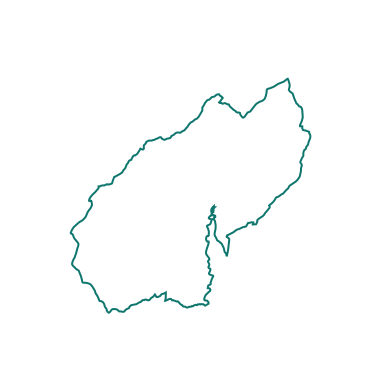 outline of Quetame, Cundinamarca, Colombia, rotated 211°
{"feature_id": "7082276B8666631490654", "entity_name": "Quetame", "entity_type": "district", "adm_level": 2, "iso_a3": "COL", "parent_name": "Colombia", "parent_adm1": "Cundinamarca", "projection": "equal_earth", "projection_center": [-73.872, 4.33], "detail": "fine", "context": "isolated", "style": "outline", "palette": "teal", "viewbox_px": 384, "rotation_deg": 211, "n_neighbors": 0, "source": "geoboundaries", "source_scale": "gbopen_adm2", "svg_char_len": 6052}
<svg xmlns="http://www.w3.org/2000/svg" viewBox="0 0 384 384"><g transform="rotate(211 192 192)"><path d="M275.0,148.7L274.4,147.9L274.1,146.8L274.9,142.1L276.1,137.9L276.4,134.9L276.4,133.7L276.0,131.9L275.6,131.4L275.0,131.5L274.4,132.4L273.8,132.5L272.5,131.3L270.9,129.1L270.6,125.4L271.0,123.3L271.0,120.6L270.4,116.6L270.5,114.7L271.2,111.6L273.2,107.8L275.3,100.9L275.4,97.8L274.9,94.4L274.4,94.1L272.8,94.3L271.5,93.6L270.7,92.8L268.7,91.5L266.2,90.7L263.0,89.4L262.5,88.9L261.8,87.4L261.2,84.6L259.8,79.8L258.9,75.6L258.8,72.7L258.4,70.3L257.8,68.7L257.4,68.1L255.6,67.3L252.6,66.7L252.2,66.4L248.9,66.3L248.4,66.1L243.9,62.7L241.8,60.7L239.7,58.5L239.2,58.2L238.6,58.2L235.8,59.7L233.0,60.5L231.2,60.5L228.9,59.7L224.8,57.6L222.1,55.3L220.3,54.6L217.5,52.8L215.6,51.2L214.9,51.0L214.0,51.6L211.5,51.7L209.4,50.6L207.6,48.8L205.0,47.7L203.9,46.4L202.5,45.8L201.4,45.6L200.8,46.1L200.6,46.7L200.2,49.8L199.8,50.6L198.8,51.4L196.8,52.4L195.4,52.6L194.4,52.5L193.1,52.1L191.2,53.1L190.2,53.4L189.0,54.0L188.5,54.8L188.3,56.4L187.8,57.8L186.2,60.1L186.5,61.7L185.8,63.7L181.9,67.2L180.4,70.1L179.3,71.4L178.7,73.6L178.3,74.2L177.3,74.7L176.3,76.1L173.9,76.5L173.1,77.2L172.6,78.3L172.6,79.6L171.3,82.5L171.0,85.1L168.4,83.7L167.4,84.3L165.9,86.1L165.4,88.8L163.5,90.9L162.7,92.4L160.0,87.8L159.0,84.9L158.6,85.2L156.5,88.4L155.6,89.2L155.0,89.4L154.5,89.4L153.1,88.9L152.3,89.6L148.8,90.2L147.6,91.0L144.6,90.0L143.0,89.8L142.1,90.0L141.0,89.4L140.3,89.5L138.8,90.2L137.2,90.2L136.3,90.7L135.2,92.3L133.9,93.0L133.3,94.3L132.5,94.4L131.5,96.4L131.0,96.9L130.5,97.3L129.4,97.6L129.2,98.7L128.3,99.1L127.7,99.8L126.9,99.9L126.4,100.7L124.8,101.3L124.3,101.7L122.9,101.3L122.1,101.5L120.3,104.8L120.8,105.6L121.5,106.3L122.2,106.3L123.2,106.6L125.1,105.8L125.6,105.8L126.3,106.3L126.9,108.0L127.2,110.8L126.1,115.0L125.5,116.5L125.9,117.7L126.8,118.3L127.3,118.4L129.0,117.7L129.8,119.6L129.8,120.4L129.0,121.6L128.5,122.8L129.3,123.7L129.9,126.3L130.3,128.5L130.4,130.8L130.9,131.1L134.0,130.4L135.0,130.5L135.5,130.9L135.7,131.5L135.8,133.3L136.3,135.2L137.0,135.6L138.3,135.4L139.1,135.9L139.4,136.3L139.3,137.2L139.8,138.7L140.5,139.4L142.1,140.3L142.6,140.9L142.7,141.5L142.4,142.5L142.6,143.5L143.8,144.3L147.6,145.9L148.7,147.1L149.7,149.4L151.1,155.7L151.8,157.6L152.3,158.1L153.4,157.4L154.8,158.0L155.5,158.6L156.3,160.1L156.5,161.3L156.3,162.0L155.5,162.5L155.3,163.5L155.6,163.7L156.6,165.9L157.4,167.0L159.3,168.8L161.0,169.9L161.6,170.5L161.7,170.9L161.5,171.3L160.3,172.8L159.8,174.3L160.9,178.8L161.0,178.9L161.3,178.5L163.5,178.0L164.1,178.2L164.4,178.9L164.3,179.4L164.0,180.8L163.6,181.5L163.7,182.7L164.2,184.0L166.1,186.1L166.5,187.3L166.4,189.7L166.0,191.1L165.7,190.5L164.7,190.8L165.0,190.2L164.9,190.0L165.1,189.9L165.1,189.0L164.9,188.5L164.2,187.7L164.3,187.3L164.1,186.8L163.9,186.7L164.0,186.3L163.4,185.6L164.2,184.6L162.7,182.5L161.9,183.2L161.4,183.4L160.4,183.4L159.9,183.6L159.6,183.2L159.2,182.5L160.0,181.7L159.5,181.4L159.5,179.7L158.8,179.7L157.3,178.9L154.6,175.7L152.9,172.7L151.3,168.1L150.3,166.6L147.2,164.8L145.5,163.5L143.2,163.5L140.2,163.0L139.2,162.5L135.9,160.3L133.1,157.4L131.5,157.0L129.0,154.8L131.2,160.9L135.5,170.3L135.9,170.8L136.5,171.1L138.1,171.5L139.0,171.3L139.3,171.6L139.6,172.6L139.4,173.2L138.9,173.8L135.9,178.6L134.3,182.6L132.4,184.8L130.3,188.0L127.9,190.3L128.0,194.4L127.2,194.8L125.6,196.5L123.8,197.5L123.2,195.5L120.5,197.3L120.5,198.3L120.9,200.6L121.5,201.4L121.5,202.0L120.7,204.1L119.0,207.6L118.5,209.2L118.5,211.4L117.4,218.1L117.6,219.0L117.9,219.5L119.0,220.2L117.9,223.0L117.3,225.2L117.0,227.9L117.1,229.0L117.1,230.4L116.8,231.0L115.5,232.6L114.1,236.0L113.1,237.5L112.2,242.4L111.5,244.3L111.6,247.3L111.4,248.1L108.5,254.2L107.9,256.5L107.6,259.3L107.6,260.5L107.9,261.6L109.4,266.0L110.8,268.5L111.5,271.3L112.5,272.3L114.2,273.0L114.8,274.1L115.2,277.5L115.2,280.3L115.6,281.1L116.5,282.4L117.2,284.5L117.3,286.2L116.9,286.6L116.7,287.5L117.3,289.9L117.0,291.5L117.0,292.5L117.9,295.3L118.5,299.2L119.3,300.8L120.4,302.1L121.8,302.7L122.6,303.9L125.9,303.3L128.7,302.3L130.2,303.3L131.3,305.1L133.3,304.0L133.8,304.9L134.5,309.6L135.5,313.0L139.4,318.6L140.7,320.1L142.6,321.0L144.3,320.6L146.7,321.6L148.1,321.7L152.3,324.7L156.3,328.1L157.5,328.4L159.6,328.5L161.5,329.3L161.8,329.8L162.5,332.3L163.4,334.0L164.2,335.0L166.7,337.3L168.3,338.4L168.6,338.0L170.1,334.0L173.9,328.9L176.1,324.4L178.4,321.3L180.3,319.3L180.5,318.9L180.4,317.7L179.3,315.7L178.3,312.7L177.8,310.1L177.7,309.0L178.4,307.0L179.2,305.7L180.4,304.3L182.0,301.3L182.5,299.6L183.5,291.4L183.7,290.7L185.3,288.7L185.7,283.4L186.3,282.2L187.1,281.9L189.0,282.6L190.5,283.3L191.7,284.5L192.7,284.3L194.0,283.5L195.4,283.4L196.2,283.8L199.0,283.9L203.8,284.9L205.4,286.0L205.8,286.0L206.6,285.5L209.4,285.2L209.8,285.0L211.2,283.4L212.7,283.4L214.0,282.7L214.9,282.7L214.9,283.0L214.5,284.4L214.3,287.0L214.0,288.1L214.3,288.6L215.2,288.9L215.8,288.7L216.7,289.1L217.9,289.0L219.2,289.7L220.4,288.8L221.2,287.7L221.9,285.4L223.8,283.6L224.7,280.2L225.7,279.2L226.3,278.1L226.7,275.0L226.5,272.7L226.6,269.6L225.2,267.4L225.1,266.8L225.0,260.2L225.3,258.4L225.7,257.2L226.8,255.7L227.8,252.6L228.7,251.3L229.1,250.1L229.4,248.5L229.5,245.0L229.7,244.5L230.3,240.9L231.8,238.7L232.4,236.9L235.1,235.6L236.3,234.2L237.2,231.4L238.5,229.3L238.3,227.9L238.5,227.2L239.1,226.4L241.0,224.7L242.3,222.6L244.5,222.2L245.2,222.2L246.6,222.9L247.5,222.6L248.1,222.0L249.3,219.9L250.2,219.0L251.4,217.0L252.6,216.0L252.9,215.4L255.5,213.8L256.5,212.2L257.0,211.2L256.7,210.0L256.8,209.0L257.3,207.7L256.8,206.1L255.8,204.8L255.6,203.7L255.7,203.4L256.1,203.0L258.6,202.5L258.4,201.4L258.6,196.4L259.6,194.0L260.3,193.8L260.9,192.7L260.9,189.6L260.6,188.5L261.1,187.6L261.8,186.9L262.1,186.1L261.8,184.0L262.2,181.9L261.8,180.3L261.5,177.8L262.0,175.3L261.9,172.9L263.0,170.4L266.0,165.2L266.4,164.9L265.8,161.1L265.1,158.9L265.1,157.9L266.5,156.2L267.8,155.1L268.2,155.2L269.4,154.3L270.4,152.6L272.3,151.4L273.2,150.5L273.6,149.6L275.0,148.7Z" fill="none" stroke="#0f766e" stroke-width="2"/></g></svg>